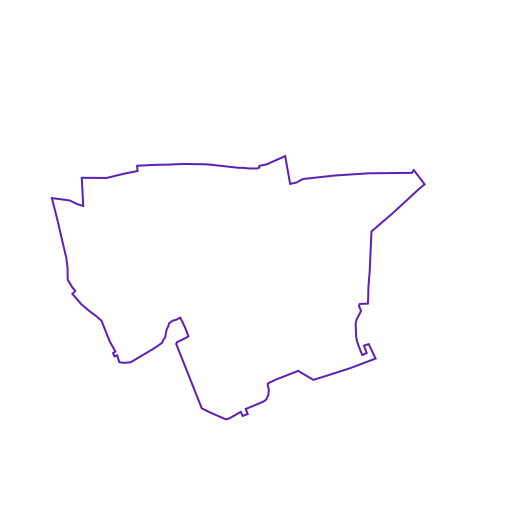 outline of Muski, Al Qahirah, Egypt, rotated 246°
{"feature_id": "37247803B88500614059504", "entity_name": "Muski", "entity_type": "district", "adm_level": 2, "iso_a3": "EGY", "parent_name": "Egypt", "parent_adm1": "Al Qahirah", "projection": "albers", "projection_center": [31.252, 30.05], "detail": "fine", "context": "isolated", "style": "outline", "palette": "violet", "viewbox_px": 512, "rotation_deg": 246, "n_neighbors": 0, "source": "geoboundaries", "source_scale": "gbopen_adm2", "svg_char_len": 2151}
<svg xmlns="http://www.w3.org/2000/svg" viewBox="0 0 512 512"><g transform="rotate(246 256 256)"><path d="M252.9,439.2L270.3,435.1L269.4,433.7L268.5,432.3L285.5,393.1L290.9,378.5L297.6,360.4L307.1,330.6L307.1,326.9L307.0,326.2L306.6,323.2L308.0,316.5L335.4,323.3L335.4,309.1L335.4,306.1L335.3,303.2L335.6,302.0L337.0,295.7L336.0,295.2L335.4,294.9L335.6,292.3L338.8,285.3L340.1,283.0L341.4,280.8L343.8,275.7L357.0,253.2L360.6,246.6L369.8,226.6L375.1,213.2L377.9,206.6L378.9,204.2L379.9,201.9L386.8,184.1L384.3,183.2L381.8,182.4L384.7,169.6L388.1,151.2L398.3,128.6L377.8,120.8L372.0,118.5L375.7,114.1L382.6,108.3L391.9,93.1L368.5,89.0L367.1,88.7L365.8,88.5L339.9,83.5L331.6,82.0L322.0,79.1L310.8,74.3L302.2,75.4L297.6,76.7L296.8,74.8L296.1,72.8L292.0,74.1L283.0,76.8L273.6,81.3L265.8,85.7L263.1,86.9L261.2,87.8L259.7,88.5L237.6,87.6L226.0,88.7L225.7,87.4L225.4,85.9L221.8,85.9L221.8,87.7L221.8,88.7L218.6,88.4L214.7,87.9L213.7,89.4L212.2,91.6L209.9,98.3L212.9,123.7L213.4,127.0L213.5,127.5L213.9,130.1L214.9,134.8L215.9,135.9L216.8,137.0L219.0,140.3L222.1,142.2L224.2,143.7L225.8,145.1L227.2,147.0L229.9,149.3L230.8,153.5L230.4,155.8L230.3,156.4L230.2,158.3L230.5,161.7L225.3,162.0L222.2,162.0L219.2,162.1L210.1,161.6L209.9,160.1L209.7,158.6L209.4,148.9L208.2,147.3L204.8,147.2L163.6,145.5L141.4,144.6L140.2,144.5L138.9,144.5L130.9,151.1L119.1,162.0L118.8,163.6L118.5,165.2L119.8,178.7L116.6,178.7L115.3,178.8L115.1,182.6L115.0,184.1L116.4,184.2L120.4,184.4L120.0,202.2L120.0,203.3L120.1,204.9L120.8,207.0L123.4,210.1L124.7,211.2L126.8,212.3L128.6,213.3L133.6,214.3L134.8,215.3L134.9,219.7L135.0,224.4L133.9,248.0L133.1,248.4L132.3,248.9L119.5,258.0L115.3,295.4L113.7,323.5L129.7,323.1L130.2,318.2L127.0,318.0L122.3,317.6L122.3,312.8L129.5,313.0L137.0,313.6L139.2,314.1L141.4,314.6L145.9,316.4L153.5,319.4L155.4,320.8L157.3,322.2L161.2,327.3L162.1,328.5L163.1,329.6L166.4,329.7L168.6,329.7L169.3,330.5L170.0,331.3L168.9,334.1L167.0,338.8L168.2,339.5L169.5,340.2L181.4,345.8L195.7,353.6L209.7,360.6L216.1,363.8L231.5,371.5L232.0,373.2L232.5,374.9L239.6,398.6L251.1,432.6L252.0,435.9L252.9,439.2Z" fill="none" stroke="#5b21b6" stroke-width="2"/></g></svg>